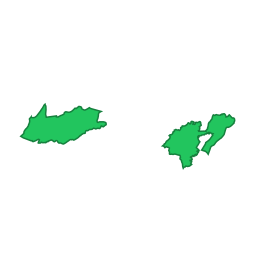 outline of Jonotla, Puebla, Mexico, rotated 49°
{"feature_id": "50627088B1268038266758", "entity_name": "Jonotla", "entity_type": "district", "adm_level": 2, "iso_a3": "MEX", "parent_name": "Mexico", "parent_adm1": "Puebla", "projection": "natural_earth1", "projection_center": [-97.514, 20.084], "detail": "fine", "context": "isolated", "style": "filled", "palette": "green", "viewbox_px": 256, "rotation_deg": 49, "n_neighbors": 0, "source": "geoboundaries", "source_scale": "gbopen_adm2", "svg_char_len": 5730}
<svg xmlns="http://www.w3.org/2000/svg" viewBox="0 0 256 256"><g transform="rotate(49 128 128)"><path d="M56.1,193.9L56.3,195.0L56.3,195.9L56.5,196.5L58.0,197.4L58.7,198.1L59.5,199.2L60.3,200.9L61.0,201.8L61.7,204.6L61.7,206.0L62.2,208.0L62.6,208.9L63.8,210.3L63.9,214.4L66.7,213.5L74.1,209.5L74.5,208.8L74.7,208.6L75.2,208.7L75.5,208.9L76.2,208.3L77.0,206.0L77.6,203.4L77.8,203.0L78.1,202.9L78.4,202.6L78.8,202.6L80.0,205.1L80.3,205.5L80.5,205.6L81.8,204.1L81.9,203.3L81.8,203.0L82.1,202.8L82.1,202.6L82.4,202.5L82.6,202.3L82.8,202.3L83.4,201.7L84.4,200.4L84.6,199.9L85.1,199.8L85.2,199.5L85.1,198.4L85.4,197.7L85.8,197.5L85.8,197.0L85.6,196.6L85.8,196.0L86.2,195.6L86.2,195.0L86.7,193.7L87.4,193.5L87.8,193.1L88.1,193.0L89.2,193.1L90.2,192.4L90.3,191.8L90.2,190.8L90.5,190.3L91.3,189.9L92.9,190.2L94.1,190.0L94.4,189.6L94.9,188.8L97.0,187.8L97.8,187.1L98.0,186.2L98.3,184.6L98.5,182.0L98.7,181.4L98.7,180.7L98.6,180.1L99.1,178.9L99.5,178.4L100.0,178.2L100.2,177.6L100.5,177.2L101.5,176.9L101.8,176.2L102.1,174.8L102.5,172.0L102.4,169.9L102.2,169.3L102.3,169.1L102.5,169.1L102.6,168.9L102.7,168.6L102.4,167.4L102.7,166.4L102.7,165.6L103.8,163.9L103.5,163.5L102.7,162.0L102.5,161.6L102.7,161.0L103.3,160.5L103.6,160.2L103.7,159.7L103.9,158.0L104.8,157.0L105.4,156.0L105.6,154.1L106.6,153.4L107.6,152.9L108.1,151.5L108.5,150.8L109.6,150.0L109.8,149.6L109.7,148.4L109.0,147.4L109.0,147.1L109.0,146.8L109.3,146.6L110.8,146.0L110.9,145.8L111.0,144.5L110.9,143.8L111.2,142.6L111.1,142.3L110.7,141.9L109.7,141.3L109.2,141.3L108.3,141.7L107.1,142.6L104.9,145.2L104.5,145.7L104.2,146.8L103.7,147.3L102.7,147.0L102.0,146.5L101.6,145.6L101.3,145.2L101.0,144.5L99.3,142.3L98.4,141.5L97.6,140.4L97.5,139.2L97.9,137.4L89.4,143.0L88.3,143.6L87.3,143.8L87.0,145.9L86.4,148.3L85.8,149.2L83.5,150.2L82.8,150.1L82.0,149.6L81.4,149.6L80.6,150.0L79.5,150.9L79.3,154.4L78.3,154.9L78.5,158.3L78.4,159.9L78.2,160.5L77.7,161.8L77.3,162.4L75.2,164.1L74.9,164.4L74.6,165.8L75.4,167.0L75.4,167.7L74.9,169.6L74.4,170.8L73.9,173.2L73.7,173.7L72.6,174.7L71.9,174.1L66.3,182.6L63.6,181.2L60.4,177.9L58.3,176.2L57.5,175.6L56.3,175.4L55.6,175.0L55.6,176.0L55.8,176.6L56.8,179.3L57.2,181.1L57.8,183.0L59.0,188.9L59.0,190.0L58.8,191.5L58.3,192.4L57.2,193.6L56.3,194.1L56.1,193.9ZM200.4,84.7L198.2,80.7L196.7,78.2L196.5,76.9L196.8,75.6L197.1,74.6L197.1,73.7L196.5,71.4L196.3,69.7L196.5,65.4L196.7,64.1L196.2,60.8L195.8,59.5L192.7,54.7L192.3,53.7L192.4,52.7L193.1,52.1L193.4,51.5L193.8,50.4L194.0,48.9L194.0,47.6L193.8,44.6L193.3,44.4L192.6,42.8L191.1,41.7L190.0,41.6L189.5,41.9L188.9,42.7L188.2,42.8L184.6,42.9L184.5,43.5L184.5,44.2L184.8,44.6L184.8,44.9L184.5,45.8L184.0,46.8L183.4,46.4L182.0,45.9L180.6,45.9L179.9,46.7L179.1,48.1L179.5,48.4L178.8,49.2L178.9,50.0L177.0,51.9L176.0,52.4L175.7,53.0L175.6,53.9L175.3,53.9L175.1,54.6L174.1,55.0L174.6,56.4L176.4,59.0L176.4,59.3L176.4,59.9L177.1,62.4L176.9,63.0L177.4,64.3L177.8,64.8L179.4,66.6L179.8,67.5L180.5,68.1L181.0,69.0L180.8,69.3L181.1,69.9L181.0,70.9L181.2,71.3L181.5,71.4L180.4,72.5L176.9,76.8L176.3,76.6L176.7,75.9L176.3,75.2L175.3,74.2L175.2,73.8L173.9,73.3L173.7,73.2L173.9,72.8L174.0,71.0L173.3,70.6L172.4,70.5L172.0,70.0L172.0,69.8L171.6,69.7L171.3,69.5L170.9,69.4L170.5,69.5L170.0,70.0L170.0,70.5L169.5,72.0L169.2,72.3L168.7,72.5L168.2,73.2L168.2,73.7L168.8,74.2L169.1,74.9L169.0,75.2L168.7,75.3L168.7,75.7L168.0,75.9L167.7,76.4L167.2,75.7L167.0,74.6L166.8,74.4L165.8,74.8L165.2,75.2L164.9,75.4L164.7,75.8L164.7,76.4L164.8,76.7L165.5,77.1L165.7,77.5L165.7,78.4L165.4,78.7L164.1,78.7L163.8,78.9L163.6,79.2L163.8,80.2L164.1,80.7L164.2,81.3L164.0,81.6L164.1,82.1L163.9,82.5L164.0,82.7L164.0,83.0L163.2,84.7L162.9,84.8L162.6,85.1L162.1,85.6L162.1,85.9L162.1,86.1L162.8,86.9L162.8,87.2L162.3,87.8L162.3,88.0L162.8,88.3L163.4,89.2L163.6,90.0L163.6,90.8L162.4,91.2L162.4,91.5L162.0,92.0L161.5,92.4L160.5,92.8L160.4,93.1L160.4,93.6L160.1,94.1L160.0,94.5L160.8,95.0L160.9,95.6L160.5,96.5L160.8,97.0L161.1,97.1L161.4,98.0L161.6,98.5L161.5,99.7L160.8,100.6L160.7,101.0L160.8,102.0L161.5,101.8L162.4,102.0L163.5,103.9L163.2,104.8L163.5,106.2L163.2,107.5L163.7,109.0L164.1,109.9L164.1,110.5L163.8,110.9L164.4,111.8L164.2,112.1L164.2,113.7L164.8,113.2L165.7,112.8L166.8,113.2L167.2,112.6L167.1,111.4L167.4,111.1L168.2,111.0L169.1,110.3L169.8,110.0L170.2,109.9L170.8,110.5L171.4,111.5L171.9,112.1L172.3,112.1L173.3,112.4L174.6,113.6L175.0,113.8L175.9,113.0L176.2,112.3L176.9,111.9L177.8,110.9L178.2,110.0L178.5,109.6L181.2,107.9L182.6,106.8L183.1,106.8L184.7,107.8L184.8,108.5L185.4,108.9L185.8,109.1L187.1,108.9L187.8,109.0L188.5,109.6L190.6,110.3L193.0,112.0L194.6,112.7L194.3,111.6L194.4,111.2L194.9,110.4L194.7,109.3L196.3,108.1L196.8,106.8L197.1,106.6L197.2,105.8L197.2,105.5L197.1,105.4L197.3,104.2L197.3,103.8L196.9,103.8L196.0,104.0L195.8,103.4L195.4,102.9L195.4,102.4L194.8,101.6L193.8,102.4L193.4,102.6L193.2,102.3L194.0,101.8L193.5,100.9L193.7,100.1L192.4,99.6L191.1,100.1L190.9,99.9L191.0,99.5L191.6,98.6L191.3,98.1L191.3,97.3L192.2,97.2L192.1,96.5L192.6,96.5L192.3,95.4L192.8,95.4L192.4,94.4L193.4,94.2L193.3,93.2L193.1,93.2L192.7,92.0L192.5,91.0L190.8,91.2L191.0,90.1L192.0,90.0L191.5,89.0L190.7,89.0L187.7,89.3L187.2,88.3L186.6,86.0L185.8,83.9L185.6,82.8L185.4,82.7L184.9,82.9L183.1,82.6L181.1,81.7L180.5,81.1L181.4,80.7L181.2,80.2L180.8,80.9L180.1,79.8L181.7,78.0L181.8,76.8L183.0,75.0L183.3,74.8L183.1,73.5L183.9,72.7L183.6,71.8L184.2,71.5L184.0,70.3L184.4,70.2L184.7,69.7L185.1,70.8L185.6,70.7L185.6,69.0L187.3,68.2L188.1,67.6L188.3,68.9L189.1,68.9L190.2,73.6L190.3,75.3L190.0,78.9L190.4,79.5L190.8,79.9L193.0,86.9L193.5,86.4L194.0,86.3L194.5,86.2L194.7,85.8L195.1,85.6L195.2,85.4L195.6,85.2L196.0,85.2L196.4,84.8L199.0,84.5L200.4,84.7Z" fill="#22c55e" stroke="#15803d" stroke-width="1.5"/></g></svg>